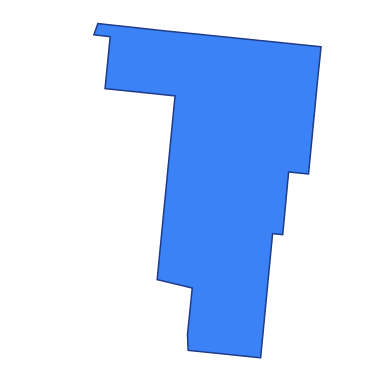 Auglaize, Ohio, United States of America (Natural Earth projection), rotated 96°
{"feature_id": "52423323B61073346070608", "entity_name": "Auglaize", "entity_type": "district", "adm_level": 2, "iso_a3": "USA", "parent_name": "United States of America", "parent_adm1": "Ohio", "projection": "natural_earth1", "projection_center": [-84.249, 40.52], "detail": "fine", "context": "isolated", "style": "filled", "palette": "blue", "viewbox_px": 384, "rotation_deg": 96, "n_neighbors": 0, "source": "geoboundaries", "source_scale": "gbopen_adm2", "svg_char_len": 394}
<svg xmlns="http://www.w3.org/2000/svg" viewBox="0 0 384 384"><g transform="rotate(96 192 192)"><path d="M45.9,306.0L46.1,289.6L98.3,289.3L98.2,218.9L282.8,217.5L287.5,181.7L334.2,181.6L349.9,179.3L349.7,106.4L225.0,107.5L224.9,97.3L162.0,98.0L161.9,78.0L66.6,78.8L34.1,78.8L34.3,159.2L34.3,169.3L34.6,239.4L34.3,303.2L45.9,306.0Z" fill="#3b82f6" stroke="#1e3a8a" stroke-width="1.5"/></g></svg>